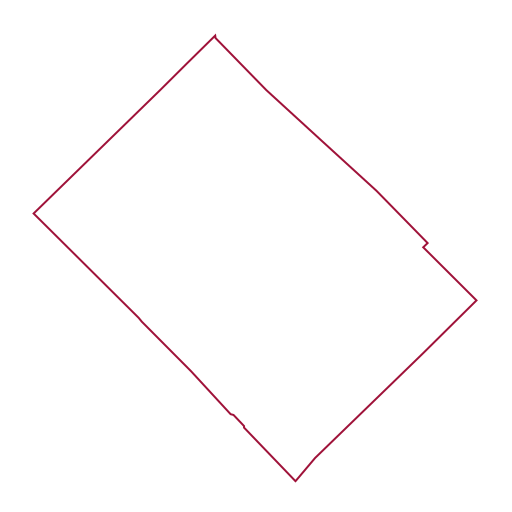 outline of Cross, Arkansas, United States of America, rotated 45°
{"feature_id": "52423323B80774695679496", "entity_name": "Cross", "entity_type": "district", "adm_level": 2, "iso_a3": "USA", "parent_name": "United States of America", "parent_adm1": "Arkansas", "projection": "natural_earth1", "projection_center": [-90.753, 35.297], "detail": "fine", "context": "isolated", "style": "outline", "palette": "rose", "viewbox_px": 512, "rotation_deg": 45, "n_neighbors": 0, "source": "geoboundaries", "source_scale": "gbopen_adm2", "svg_char_len": 435}
<svg xmlns="http://www.w3.org/2000/svg" viewBox="0 0 512 512"><g transform="rotate(45 256 256)"><path d="M70.9,206.5L68.7,383.2L216.8,382.7L221.7,383.2L291.5,383.4L349.9,385.8L352.5,384.3L367.8,384.7L368.9,385.8L443.1,387.3L443.1,386.6L440.6,357.0L442.9,206.8L443.3,131.5L368.1,131.6L368.2,125.5L295.2,124.7L220.6,128.1L146.1,131.4L73.3,130.5L71.3,129.0L71.0,168.8L70.9,206.5Z" fill="none" stroke="#9f1239" stroke-width="2"/></g></svg>